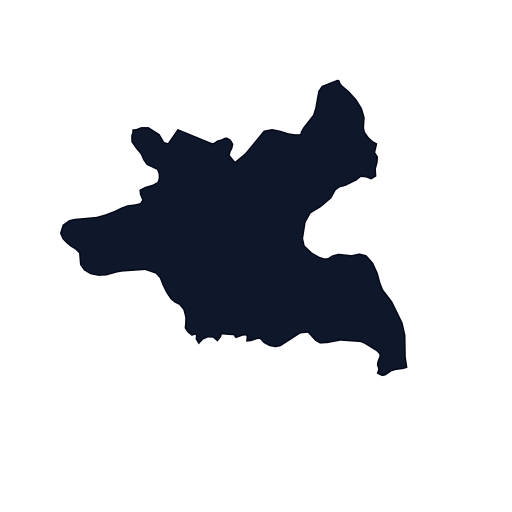 map outline of Banwa (orthographic projection), rotated 62°
{"feature_id": "BFA-2801", "entity_name": "Banwa", "entity_type": "Province", "adm_level": 1, "iso_a3": "BFA", "parent_name": "Burkina Faso", "parent_adm1": "", "projection": "orthographic", "projection_center": [-4.172, 12.228], "detail": "fine", "context": "isolated", "style": "filled", "palette": "ink", "viewbox_px": 512, "rotation_deg": 62, "n_neighbors": 0, "source": "natural_earth", "source_scale": "10m", "svg_char_len": 2401}
<svg xmlns="http://www.w3.org/2000/svg" viewBox="0 0 512 512"><g transform="rotate(62 256 256)"><path d="M197.6,102.3L204.1,101.5L209.8,99.5L213.6,97.0L220.3,102.9L225.5,102.4L230.0,105.2L235.2,110.0L241.5,112.8L241.8,118.1L237.7,121.5L234.7,126.2L235.8,132.0L235.4,143.9L234.0,150.0L234.7,155.0L239.7,162.6L242.6,175.9L243.3,188.0L249.1,196.9L262.3,206.8L269.7,208.9L279.6,205.6L287.0,200.9L290.9,197.0L292.4,193.6L292.1,191.0L292.0,188.5L293.3,182.6L300.8,171.4L302.9,163.9L307.5,158.8L317.1,156.5L328.3,157.2L337.8,159.4L345.2,160.3L360.3,157.8L383.8,158.6L395.8,161.9L415.2,171.8L424.9,175.2L424.3,178.7L421.5,186.2L420.7,190.6L421.5,197.8L420.6,200.7L416.5,203.6L414.1,200.8L411.7,200.1L409.3,199.8L406.9,198.1L402.7,193.3L401.4,192.7L399.5,192.6L395.8,193.9L383.9,200.9L380.5,203.7L369.7,221.0L365.8,233.6L362.8,240.1L358.3,242.9L347.6,245.6L344.5,253.0L346.5,276.6L345.1,281.3L341.4,285.9L336.2,289.4L330.6,290.8L329.2,293.9L328.3,299.8L326.7,303.9L323.2,301.5L320.9,301.5L319.4,305.1L318.4,311.9L317.3,312.2L316.0,311.9L314.8,312.7L308.2,323.3L310.0,324.6L310.8,325.9L312.5,329.8L307.5,331.7L304.7,336.4L304.2,342.2L306.1,347.4L301.2,347.6L298.5,345.8L296.4,345.6L295.7,349.7L291.1,351.6L286.3,352.1L282.4,349.5L277.3,346.6L269.5,344.7L262.8,346.0L258.6,349.1L253.8,351.0L246.1,351.8L237.9,351.5L230.3,350.6L224.1,352.2L215.7,360.1L206.3,381.2L204.6,386.3L202.2,397.2L198.9,404.1L193.9,410.2L187.6,414.0L181.3,414.8L170.4,410.1L164.7,412.0L160.7,414.5L155.6,416.6L150.1,418.2L144.2,417.7L138.3,411.7L137.3,404.0L138.8,398.7L147.3,378.5L149.3,369.3L150.5,359.3L150.7,352.1L151.6,345.7L154.1,339.3L155.7,333.3L153.5,329.5L147.6,329.0L143.6,327.4L143.6,321.5L145.2,313.9L145.2,308.1L142.3,304.9L137.9,302.7L133.2,302.2L124.1,309.1L118.4,309.8L111.9,309.3L104.5,310.9L96.9,311.8L91.4,309.0L89.5,306.8L87.1,305.5L88.4,302.2L89.0,297.1L92.3,290.9L103.4,284.6L112.8,284.2L115.8,280.8L108.0,265.7L135.4,243.0L136.6,241.7L137.0,239.8L136.5,236.2L137.6,231.3L137.5,228.7L138.3,226.5L141.7,224.4L146.3,224.2L149.3,226.7L151.7,230.1L154.5,232.6L163.7,230.8L160.9,217.1L149.7,190.2L152.1,182.5L157.4,176.1L163.3,170.3L167.7,164.4L169.8,160.1L169.6,158.9L168.0,157.8L165.3,153.6L158.7,138.8L153.6,133.7L140.2,123.2L137.4,117.9L139.3,101.5L140.4,100.6L142.5,101.1L145.8,100.6L154.8,97.1L165.1,94.5L175.4,93.8L184.5,95.7L193.3,101.1L197.6,102.3Z" fill="#0f172a" stroke="#020617" stroke-width="1.5"/></g></svg>